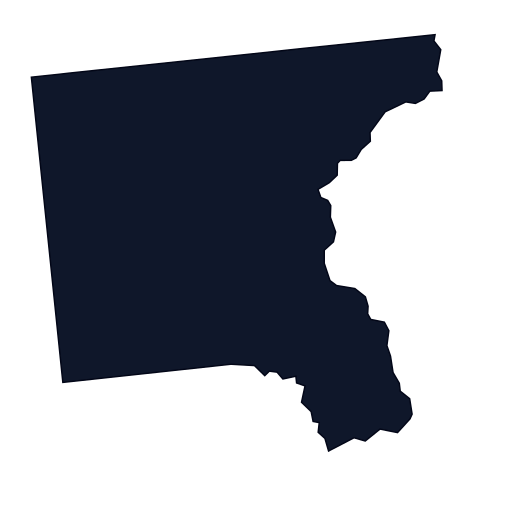 Whitman, Washington, United States of America, rotated 264°
{"feature_id": "52423323B58326499473481", "entity_name": "Whitman", "entity_type": "district", "adm_level": 2, "iso_a3": "USA", "parent_name": "United States of America", "parent_adm1": "Washington", "projection": "mercator", "projection_center": [-117.62, 46.839], "detail": "fine", "context": "isolated", "style": "filled", "palette": "ink", "viewbox_px": 512, "rotation_deg": 264, "n_neighbors": 0, "source": "geoboundaries", "source_scale": "gbopen_adm2", "svg_char_len": 1136}
<svg xmlns="http://www.w3.org/2000/svg" viewBox="0 0 512 512"><g transform="rotate(264 256 256)"><path d="M457.4,116.0L457.4,102.6L457.4,89.3L457.3,78.8L457.3,67.9L457.3,51.3L196.2,50.8L150.5,50.7L151.0,219.8L147.2,243.0L136.1,252.2L140.1,257.2L138.3,264.8L130.9,269.9L132.3,283.1L125.5,283.1L121.7,291.2L105.8,286.0L95.5,294.6L85.5,295.5L83.7,301.5L74.2,299.4L67.4,305.5L54.5,307.8L65.0,334.5L60.6,345.3L70.9,361.2L65.6,378.3L77.9,392.1L82.4,394.7L98.0,393.9L106.5,385.3L114.5,385.2L125.8,380.1L142.4,379.3L153.2,376.8L167.8,380.3L176.8,376.7L180.9,363.5L186.8,361.0L194.4,362.2L203.9,360.5L213.3,350.9L218.2,333.0L223.8,327.0L241.6,323.1L254.7,324.5L262.0,334.5L271.5,337.7L286.8,334.0L298.3,335.6L303.8,333.1L307.4,326.6L315.8,324.6L321.3,336.6L327.9,345.2L339.7,346.7L342.3,349.7L341.2,360.8L343.1,365.8L351.0,371.8L358.2,381.7L366.9,382.3L385.9,399.5L393.6,421.1L391.1,430.5L394.6,439.6L401.8,446.1L401.1,458.3L410.8,459.0L420.1,455.0L441.9,461.3L451.3,455.4L457.4,457.2L457.4,439.4L457.4,436.1L457.4,435.0L457.4,401.2L457.5,324.3L457.4,268.3L457.4,263.2L457.4,116.0Z" fill="#0f172a" stroke="#020617" stroke-width="1.5"/></g></svg>